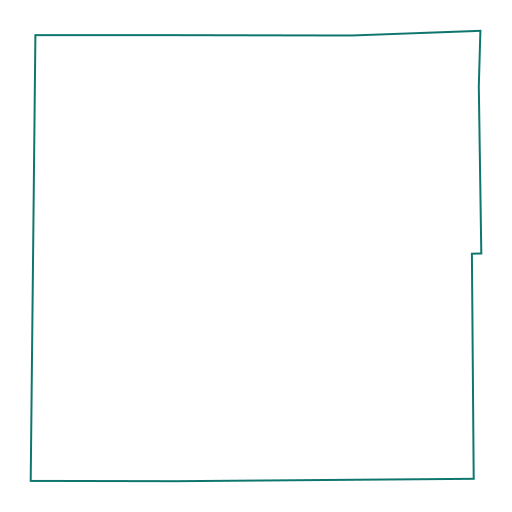 the district of Montmorency, Michigan, United States of America
{"feature_id": "52423323B25312059871419", "entity_name": "Montmorency", "entity_type": "district", "adm_level": 2, "iso_a3": "USA", "parent_name": "United States of America", "parent_adm1": "Michigan", "projection": "mercator", "projection_center": [-84.081, 45.028], "detail": "fine", "context": "isolated", "style": "outline", "palette": "teal", "viewbox_px": 512, "rotation_deg": 0, "n_neighbors": 0, "source": "geoboundaries", "source_scale": "gbopen_adm2", "svg_char_len": 251}
<svg xmlns="http://www.w3.org/2000/svg" viewBox="0 0 512 512"><path d="M145.4,35.1L35.4,35.1L30.7,480.9L176.2,481.2L473.7,478.8L471.9,253.7L481.3,253.5L478.8,86.1L480.4,30.8L351.3,35.5L145.4,35.1Z" fill="none" stroke="#0f766e" stroke-width="2"/></svg>